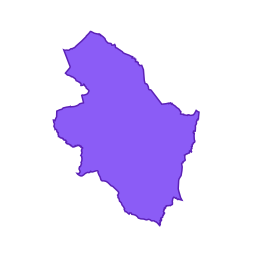 the district of Phayuha Khiri, Nakhon Sawan, Thailand, rotated 260°
{"feature_id": "78962969B23283283328110", "entity_name": "Phayuha Khiri", "entity_type": "district", "adm_level": 2, "iso_a3": "THA", "parent_name": "Thailand", "parent_adm1": "Nakhon Sawan", "projection": "orthographic", "projection_center": [100.164, 15.5], "detail": "fine", "context": "isolated", "style": "filled", "palette": "violet", "viewbox_px": 256, "rotation_deg": 260, "n_neighbors": 0, "source": "geoboundaries", "source_scale": "gbopen_adm2", "svg_char_len": 5710}
<svg xmlns="http://www.w3.org/2000/svg" viewBox="0 0 256 256"><g transform="rotate(260 128 128)"><path d="M37.5,122.6L36.3,124.8L35.6,127.7L34.4,129.9L34.3,130.8L34.5,132.0L34.5,132.5L33.7,134.0L32.5,134.9L32.1,137.5L30.9,138.7L30.7,139.4L28.9,140.8L27.1,141.8L26.4,142.3L27.3,143.0L27.8,143.1L28.2,142.8L28.4,142.2L28.7,142.4L29.1,143.4L29.7,143.3L30.3,143.8L30.9,143.5L30.9,144.2L31.1,144.4L31.0,144.7L31.6,145.1L32.1,145.0L32.2,144.6L32.5,144.3L33.0,144.8L33.4,144.7L33.8,145.0L33.7,145.5L33.9,145.8L33.8,146.0L34.0,146.4L34.4,146.4L34.5,146.7L35.8,147.1L35.9,147.6L36.5,147.7L36.6,148.1L36.9,148.0L37.0,148.3L37.3,148.4L37.4,148.7L37.6,148.7L37.7,148.9L37.9,148.7L38.2,149.0L38.5,148.6L38.9,148.7L39.6,148.4L40.0,148.7L40.3,148.8L40.8,148.9L40.8,149.2L41.2,149.5L41.6,149.4L41.9,150.0L42.2,150.1L42.7,151.0L43.1,150.9L43.5,151.3L43.5,151.0L44.1,152.0L44.7,152.1L44.8,152.3L44.5,152.9L44.7,153.4L44.5,153.9L44.5,155.3L44.2,156.3L44.8,157.5L45.0,158.1L45.0,158.4L46.4,158.8L48.3,158.9L49.3,159.4L50.3,159.6L51.8,160.8L51.5,161.8L50.5,162.7L50.6,163.5L49.8,163.8L48.9,164.6L48.9,165.0L49.2,165.3L49.2,165.6L48.6,166.4L47.6,168.6L50.3,167.7L57.1,167.0L59.4,166.9L67.6,168.8L68.9,169.4L70.6,170.8L71.9,172.0L76.7,173.7L80.3,174.6L83.6,174.6L84.1,175.2L84.3,176.1L85.0,176.1L85.0,176.5L85.7,177.4L86.0,178.3L86.5,178.8L88.5,178.7L90.8,179.1L91.4,178.9L91.6,179.8L92.4,181.2L92.2,181.6L92.8,183.3L92.8,184.1L94.6,184.6L93.4,186.3L93.8,186.5L94.4,186.0L94.7,186.1L95.1,186.4L96.2,186.4L96.6,187.3L98.6,187.3L98.6,188.0L99.6,188.1L99.7,188.3L100.7,188.4L101.1,189.5L101.6,189.6L102.3,190.0L102.2,190.8L102.8,191.4L104.0,191.5L104.5,191.3L105.5,191.3L108.9,191.7L111.0,192.3L111.2,191.8L112.1,192.1L112.2,191.5L113.5,192.0L113.5,192.8L113.3,193.7L116.7,194.5L118.5,194.7L120.4,196.2L122.2,196.4L124.0,197.5L123.8,198.1L124.8,198.4L124.7,198.9L127.1,199.5L131.3,200.7L132.0,199.6L133.5,198.2L130.8,196.1L130.1,195.3L129.5,194.2L129.5,192.3L129.7,191.3L130.4,190.3L130.5,189.5L130.3,189.4L130.4,188.9L130.1,188.7L131.4,185.0L131.9,185.1L132.3,183.2L132.7,182.2L135.1,182.9L136.1,182.0L137.1,181.8L138.1,181.2L140.1,179.1L140.7,178.9L141.2,178.5L143.4,176.2L144.7,175.5L144.6,175.2L144.1,174.8L145.4,174.1L144.9,172.5L145.4,172.4L145.3,169.5L145.6,165.4L161.1,157.4L161.6,156.9L162.0,155.6L162.4,155.3L163.5,155.0L164.7,155.2L166.6,154.8L167.4,154.5L168.2,154.0L168.3,153.4L169.2,152.5L172.1,152.3L182.7,153.3L187.3,152.4L187.5,150.3L188.1,150.1L188.9,149.4L189.5,149.2L190.8,149.4L191.5,148.1L191.9,148.2L192.1,146.9L194.4,147.5L194.8,146.5L195.6,146.6L196.4,144.2L197.4,144.9L198.1,143.5L199.5,141.7L201.9,137.6L202.7,136.6L203.1,136.1L204.0,135.8L205.6,134.1L206.2,133.6L206.9,132.7L208.5,131.2L209.4,129.7L211.4,129.8L212.6,129.4L212.2,128.2L212.3,126.6L213.7,126.2L214.2,125.8L215.0,123.3L215.7,122.6L218.0,121.2L220.1,120.8L222.2,119.3L223.8,117.8L223.8,117.2L224.8,117.1L224.9,115.9L225.7,115.9L225.8,114.6L227.1,111.4L229.4,108.4L229.6,107.7L228.0,106.0L225.8,102.9L225.1,102.4L221.6,97.4L217.8,91.2L216.4,89.3L216.2,87.8L215.6,86.8L216.0,85.9L215.9,85.4L215.1,83.8L214.9,83.1L215.1,81.8L215.3,81.6L215.5,80.5L215.4,79.4L216.1,78.3L198.4,81.7L197.4,81.2L192.9,75.9L190.7,77.5L190.1,79.1L188.6,81.2L188.3,81.2L188.2,81.9L188.0,82.3L185.7,84.6L183.6,85.2L182.7,86.6L181.7,87.7L181.4,88.4L180.7,88.6L180.5,89.1L179.5,89.4L178.1,89.0L177.9,89.9L178.0,91.2L178.4,91.9L178.8,92.0L178.6,92.4L178.4,92.6L177.5,92.6L176.7,93.0L175.9,93.7L174.8,93.7L171.9,95.9L171.4,96.0L170.9,95.8L169.1,94.4L168.4,93.1L168.0,90.3L168.4,88.9L168.2,88.1L161.1,88.6L160.5,88.5L160.3,84.9L159.0,82.3L158.5,79.6L158.5,78.3L158.8,75.1L159.3,75.0L159.1,74.2L159.2,71.1L159.0,67.9L158.7,67.1L157.9,66.1L157.8,64.1L157.0,60.8L151.3,59.6L150.0,58.5L147.9,57.4L148.2,56.8L148.6,56.6L148.8,55.9L146.4,55.9L145.1,56.3L144.2,56.1L142.6,55.3L141.7,55.7L141.2,55.6L140.0,56.1L139.2,55.9L139.3,56.6L138.5,57.4L137.2,57.3L136.9,57.5L136.5,57.5L136.3,57.8L135.7,57.8L135.5,58.0L135.5,58.3L135.3,58.2L135.0,58.4L133.7,58.0L132.6,58.3L131.9,58.1L131.9,58.4L131.4,58.5L131.1,59.0L130.1,59.7L130.1,60.0L129.6,60.8L129.7,61.0L129.2,61.8L129.0,62.1L128.5,62.0L128.3,62.5L128.0,62.5L127.2,62.9L126.9,64.4L126.5,64.4L125.8,64.9L125.8,64.7L125.4,64.7L125.0,64.4L124.8,64.4L124.5,64.6L124.3,64.3L123.8,64.7L123.7,64.9L123.4,64.9L123.1,65.4L122.9,65.5L123.1,66.0L122.8,66.3L122.5,67.0L122.3,67.0L121.7,67.4L121.7,68.0L121.3,68.4L120.6,68.6L120.7,69.0L119.5,69.7L119.4,70.0L119.1,70.1L118.8,70.6L119.0,70.8L118.8,72.1L118.9,72.4L119.2,72.4L119.1,73.1L119.5,73.2L119.2,73.5L119.3,74.8L119.8,75.0L119.7,75.7L119.4,76.0L119.5,76.3L119.3,76.8L119.3,77.3L118.7,77.8L118.5,77.6L118.2,78.5L117.5,78.3L117.5,78.8L117.0,79.0L116.5,79.8L116.2,79.8L116.2,79.4L114.9,78.7L114.6,78.7L114.4,78.4L114.0,78.5L113.5,78.1L112.6,78.4L111.5,78.4L111.2,78.0L110.5,77.8L109.6,77.2L109.1,76.7L108.1,77.4L107.3,77.5L106.8,77.3L106.0,77.4L103.7,76.8L102.1,75.7L100.9,76.0L98.3,74.4L98.3,73.6L96.9,72.9L96.0,72.7L93.7,73.3L93.1,73.2L91.9,72.2L91.8,70.8L92.1,70.0L91.3,70.4L89.7,72.0L89.0,73.2L88.8,74.3L89.5,76.1L90.4,77.5L91.2,79.6L91.3,80.4L90.9,81.5L90.9,82.7L91.9,83.6L91.8,83.9L91.2,84.4L91.0,84.7L90.9,85.5L91.4,89.4L91.1,90.6L90.5,91.0L90.0,91.0L89.5,90.7L86.7,91.3L84.7,92.0L82.1,92.3L80.9,92.7L80.4,93.5L80.1,95.2L79.2,97.2L77.8,98.7L74.1,101.3L73.1,102.9L67.5,107.0L66.4,107.6L65.8,107.4L65.4,107.5L64.7,107.1L64.0,106.6L63.7,106.1L62.9,106.4L61.6,106.1L60.9,106.2L60.4,106.8L57.3,107.0L56.9,107.5L56.0,108.0L55.5,108.4L53.2,108.8L51.2,109.9L49.2,110.6L48.9,110.2L48.6,110.1L46.1,110.7L45.9,111.7L43.0,114.1L44.0,115.1L43.9,115.8L43.7,116.3L42.3,116.8L41.9,118.2L40.7,120.5L40.1,120.9L39.1,121.9L38.4,122.1L37.5,122.6Z" fill="#8b5cf6" stroke="#5b21b6" stroke-width="1.5"/></g></svg>